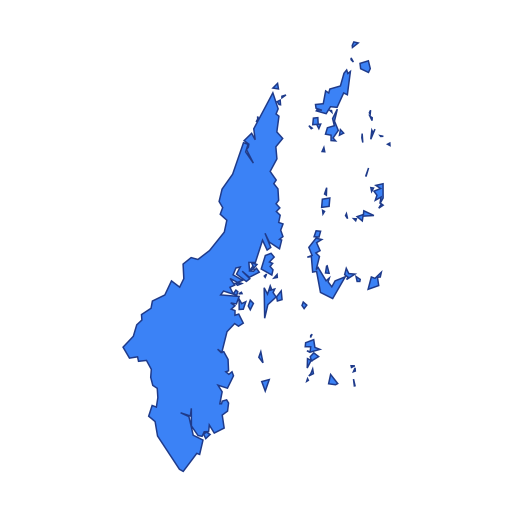 Kawthoung, Tanintharyi, Myanmar (Robinson projection), rotated 183°
{"feature_id": "60261553B98033082841224", "entity_name": "Kawthoung", "entity_type": "district", "adm_level": 2, "iso_a3": "MMR", "parent_name": "Myanmar", "parent_adm1": "Tanintharyi", "projection": "robinson", "projection_center": [98.408, 10.778], "detail": "fine", "context": "isolated", "style": "filled", "palette": "blue", "viewbox_px": 512, "rotation_deg": 183, "n_neighbors": 0, "source": "geoboundaries", "source_scale": "gbopen_adm2", "svg_char_len": 6204}
<svg xmlns="http://www.w3.org/2000/svg" viewBox="0 0 512 512"><g transform="rotate(183 256 256)"><path d="M384.0,158.0L377.0,147.4L369.0,149.1L367.8,144.7L359.9,146.0L354.6,137.3L354.8,129.3L352.3,121.4L347.7,118.7L346.6,109.4L347.6,99.9L351.9,101.3L354.8,90.4L348.1,85.4L344.9,71.1L321.3,39.0L317.4,37.1L304.8,55.8L301.9,54.9L299.3,69.4L309.3,73.7L314.6,92.1L323.1,95.5L313.2,92.8L312.6,100.5L311.6,82.9L304.5,73.7L300.4,73.1L298.5,77.8L294.1,78.2L293.8,84.8L288.4,77.0L278.8,82.5L281.4,95.4L276.3,99.6L275.7,107.7L277.8,110.8L282.1,109.3L282.7,106.6L284.4,106.5L282.7,118.6L287.2,125.0L277.6,122.5L272.2,135.2L273.9,139.1L276.9,136.4L280.1,138.8L277.4,139.9L278.5,151.3L283.2,158.8L285.8,157.7L289.5,160.9L285.1,158.0L281.0,178.9L273.8,187.4L269.8,185.0L265.2,188.3L270.2,197.1L273.9,195.7L274.1,200.4L278.0,201.6L274.4,205.2L278.8,207.8L273.1,207.1L270.7,214.7L289.3,215.3L286.6,219.3L276.7,216.7L280.4,223.4L275.8,225.8L280.7,232.2L273.1,228.7L268.2,231.0L277.9,236.0L275.4,243.0L271.2,244.2L274.5,236.9L264.3,230.1L261.0,233.0L269.0,240.1L261.5,234.4L251.9,240.0L254.9,243.8L257.7,240.6L261.6,240.7L262.8,249.2L256.3,249.5L250.3,272.1L245.2,262.5L241.7,265.3L248.2,279.2L243.5,270.6L232.9,264.4L231.2,273.3L233.4,273.9L230.1,276.8L232.7,283.1L230.7,289.4L235.1,290.7L234.0,298.0L238.0,301.5L234.7,305.3L238.7,309.2L236.3,312.8L237.6,324.2L242.0,329.2L239.8,332.9L246.3,341.2L240.2,354.1L241.9,366.1L235.5,374.8L241.7,381.0L240.4,396.8L243.4,398.9L241.6,404.1L247.7,419.8L264.9,382.9L262.9,372.0L266.8,378.3L273.9,370.6L269.0,367.3L269.3,364.3L271.1,361.8L263.5,348.6L271.8,359.4L269.8,367.1L274.4,368.5L283.6,336.5L293.4,321.0L295.7,308.5L291.8,302.6L293.9,295.8L287.0,290.2L288.9,278.2L302.7,259.0L313.8,249.5L320.7,251.0L328.4,244.1L326.9,229.6L330.6,220.9L339.1,226.7L345.0,212.3L357.1,205.6L358.1,198.3L367.3,191.5L366.6,186.1L371.5,181.0L374.3,169.4L384.0,158.0ZM189.7,223.0L177.2,217.5L165.8,239.9L175.7,235.3L178.7,229.2L182.6,233.9L181.6,237.9L184.7,234.9L193.4,247.8L195.2,245.5L192.6,258.8L196.4,262.2L192.3,264.7L196.2,272.5L191.2,275.9L197.0,276.9L203.7,267.4L200.0,259.5L204.7,257.5L200.7,258.4L198.6,242.9L194.7,243.8L189.7,223.0ZM203.4,404.1L193.4,401.8L189.4,409.0L182.8,408.7L177.0,423.4L173.2,421.8L171.4,445.2L173.8,443.0L175.2,446.5L177.7,443.1L180.6,430.2L191.0,426.6L191.9,422.6L195.1,424.5L196.8,411.6L204.5,410.4L203.8,406.7L197.8,405.0L202.8,405.2L203.4,404.1ZM246.2,224.7L244.1,194.3L241.6,208.1L233.8,216.1L237.0,220.4L235.6,224.0L240.0,222.5L239.0,224.3L240.2,226.9L242.5,218.5L246.2,224.7ZM239.2,237.8L238.3,243.1L241.4,246.3L239.0,249.5L242.3,250.7L237.8,255.9L241.1,259.5L246.7,257.0L250.1,243.3L239.2,237.8ZM187.1,375.2L182.5,375.1L185.2,377.9L180.4,385.7L184.7,394.8L182.5,406.9L186.7,397.3L184.6,390.2L191.4,387.8L193.0,381.3L187.4,380.6L187.1,375.2ZM142.3,228.6L131.9,232.9L133.6,241.1L130.8,241.5L130.0,246.3L136.0,239.9L139.7,241.1L142.3,228.6ZM134.2,321.4L135.0,314.7L132.1,320.5L132.9,334.8L140.0,332.8L135.1,329.9L141.6,326.9L138.4,323.0L139.8,317.9L134.2,321.4ZM161.3,448.5L153.3,445.2L151.7,449.1L154.0,456.8L162.2,453.8L161.3,448.5ZM197.2,162.7L187.3,166.1L192.4,167.8L194.0,175.5L201.9,172.0L202.1,168.0L196.6,168.2L196.9,163.2L200.2,164.0L197.2,162.7ZM199.0,146.8L196.0,153.5L188.2,158.8L193.2,162.3L196.6,158.3L195.2,154.5L199.2,156.2L199.0,146.8ZM157.1,300.6L151.7,296.6L151.2,301.4L140.4,302.6L150.7,306.8L150.9,303.1L157.1,300.6ZM193.0,308.0L185.6,309.4L185.3,317.8L192.7,316.2L193.0,308.0ZM270.0,201.7L265.9,202.2L263.8,209.8L267.8,207.7L270.6,212.1L270.0,201.7ZM163.0,239.7L164.3,237.3L156.2,243.1L162.4,243.3L165.2,248.4L166.5,242.0L163.0,239.7ZM176.8,132.2L169.8,131.6L167.7,132.9L175.3,141.6L176.8,132.2ZM199.9,386.5L198.3,391.1L200.8,390.8L201.5,397.4L205.9,396.7L206.2,390.1L202.3,390.6L199.9,386.5ZM232.3,212.2L227.7,213.8L229.0,222.5L233.3,216.3L232.3,212.2ZM243.7,130.9L239.7,121.6L236.3,133.3L243.7,130.9ZM258.9,202.0L256.1,208.5L259.4,211.6L261.1,205.7L258.9,202.0ZM246.2,160.6L247.9,155.0L243.4,149.7L246.2,160.6ZM299.0,75.3L296.6,71.0L292.5,75.4L296.3,77.5L299.0,75.3ZM247.9,424.6L242.3,424.0L243.5,429.5L247.9,424.6ZM199.0,278.3L194.1,278.2L192.8,284.1L197.3,284.3L199.0,278.3ZM205.2,206.0L202.7,209.6L206.4,212.5L207.5,209.0L205.2,206.0ZM146.9,387.7L147.5,378.6L143.8,388.9L145.5,385.2L146.9,387.7ZM260.1,249.0L257.5,243.7L254.6,247.6L260.1,249.0ZM273.3,215.6L272.3,219.4L274.3,220.9L276.5,217.3L273.3,215.6ZM169.5,474.9L170.9,471.3L170.6,469.3L165.1,474.1L169.5,474.9ZM152.2,138.2L151.0,131.4L150.3,131.6L152.2,138.2ZM197.0,139.0L192.5,141.5L193.5,146.1L195.2,141.1L197.0,139.0ZM178.3,386.6L179.0,381.0L174.9,383.3L178.3,386.6ZM185.7,242.7L182.1,242.6L184.4,249.9L185.0,249.5L185.7,242.7ZM156.4,383.8L156.5,379.6L155.3,374.9L156.4,383.8ZM242.8,411.3L240.9,408.5L239.4,408.3L240.0,412.9L242.8,411.3ZM259.0,245.0L261.2,241.6L257.5,242.9L259.0,245.0ZM148.2,349.8L150.5,341.9L150.3,341.1L148.2,349.8ZM238.4,415.3L234.5,418.4L238.5,416.9L238.4,415.3ZM133.5,314.6L135.9,310.2L131.7,313.4L133.5,314.6ZM195.5,363.8L192.8,363.7L193.9,367.9L195.5,363.8ZM142.2,330.0L144.9,330.3L143.9,326.5L142.2,330.0ZM275.3,227.6L272.9,225.8L268.6,227.8L269.8,228.2L275.3,227.6ZM155.0,240.7L153.7,235.9L151.0,236.0L150.7,238.1L155.0,240.7ZM171.3,457.0L168.9,454.8L171.4,458.8L171.3,457.0ZM190.8,321.5L188.9,320.4L189.0,327.9L190.8,321.5ZM261.7,395.4L261.5,392.8L262.9,389.9L260.5,393.1L261.7,395.4ZM149.5,401.5L147.2,397.3L147.2,400.2L149.5,401.5ZM191.9,305.1L191.3,301.5L189.9,304.1L191.9,305.1ZM157.7,298.4L160.5,298.4L158.3,296.4L157.7,298.4ZM198.1,136.2L198.8,133.5L197.2,134.6L198.1,136.2ZM152.7,145.5L150.8,146.3L151.2,149.5L152.7,145.5ZM271.3,217.3L268.0,217.7L268.7,219.0L271.3,217.3ZM210.0,388.9L207.5,386.0L206.6,386.6L210.0,388.9ZM189.9,405.3L187.8,403.5L188.2,405.2L189.9,405.3ZM236.9,234.9L233.6,235.7L234.0,238.6L236.9,234.9ZM244.5,238.5L246.7,236.4L245.7,235.2L244.5,238.5ZM197.2,177.4L196.8,178.8L195.8,180.8L197.2,179.5L197.2,177.4ZM130.5,374.5L128.0,373.3L128.3,375.8L130.5,374.5ZM154.8,149.7L151.6,151.5L155.3,151.4L154.8,149.7ZM167.9,303.0L168.7,301.0L166.5,298.1L167.9,303.0ZM149.2,407.6L150.3,404.9L149.4,403.2L149.2,407.6ZM138.4,382.7L137.7,381.9L135.1,382.2L138.4,382.7Z" fill="#3b82f6" stroke="#1e3a8a" stroke-width="1.5"/></g></svg>